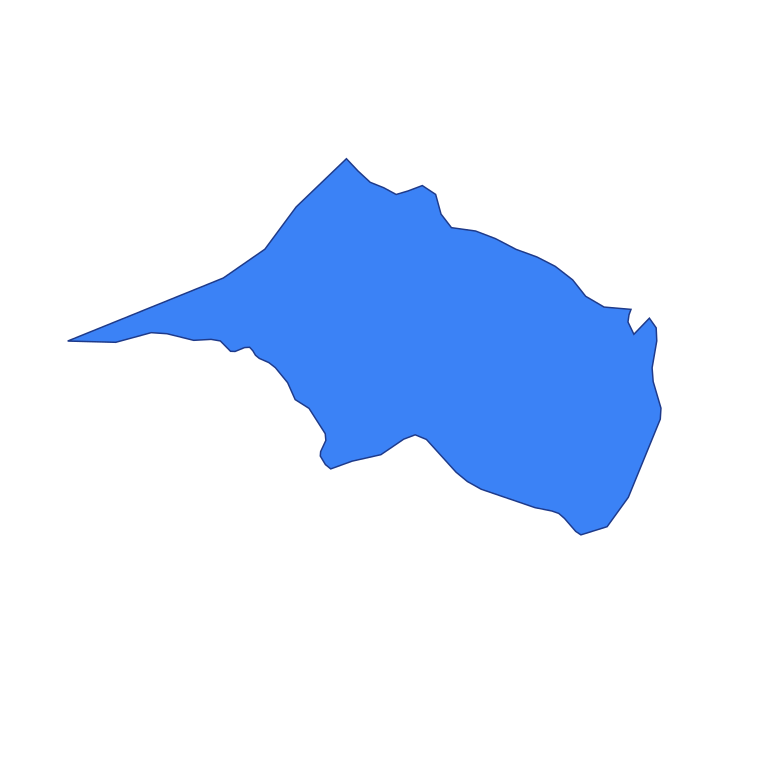 the District of Belait, rotated 336°
{"feature_id": "BRN-1181", "entity_name": "Belait", "entity_type": "District", "adm_level": 1, "iso_a3": "BRN", "parent_name": "Brunei", "parent_adm1": "", "projection": "orthographic", "projection_center": [114.479, 4.349], "detail": "fine", "context": "isolated", "style": "filled", "palette": "blue", "viewbox_px": 768, "rotation_deg": 336, "n_neighbors": 0, "source": "natural_earth", "source_scale": "10m", "svg_char_len": 1071}
<svg xmlns="http://www.w3.org/2000/svg" viewBox="0 0 768 768"><g transform="rotate(336 384 384)"><path d="M352.4,447.3L323.4,441.5L300.8,439.9L297.7,433.8L296.5,423.9L298.6,420.0L307.9,411.9L310.1,405.5L305.6,375.8L296.5,362.1L296.5,343.6L291.4,324.9L287.5,317.6L280.5,309.9L278.3,305.5L277.7,300.3L276.2,295.8L271.4,294.0L261.2,293.7L257.1,291.7L252.0,278.1L244.2,272.9L227.9,266.7L206.2,249.8L192.2,242.4L155.9,236.8L112.5,216.1L280.3,221.8L330.0,212.4L375.8,186.5L441.3,162.9L446.9,178.9L453.4,194.1L463.6,204.6L472.2,215.8L484.4,217.4L499.7,218.3L508.3,231.8L505.2,252.0L509.2,268.6L529.9,281.5L545.1,296.7L559.4,314.7L575.5,330.3L588.3,346.2L598.7,365.6L603.9,385.9L616.3,403.2L638.4,415.4L640.0,416.3L636.0,420.4L632.1,426.6L632.5,440.2L653.2,431.8L655.5,443.4L650.7,455.6L635.5,478.3L630.9,491.2L627.2,518.7L622.1,528.5L561.1,586.9L529.8,605.1L502.5,601.9L499.2,596.7L494.2,580.2L491.0,573.3L485.7,568.3L471.7,558.4L430.0,519.7L420.5,507.0L414.0,494.0L400.2,451.9L391.8,443.1L379.6,442.4L352.4,447.3Z" fill="#3b82f6" stroke="#1e3a8a" stroke-width="1.5"/></g></svg>